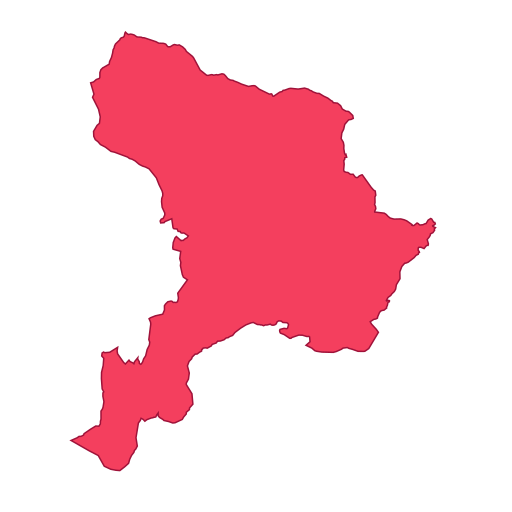 outline of Albac, Alba, Romania, rotated 272°
{"feature_id": "2599482B24206442274336", "entity_name": "Albac", "entity_type": "district", "adm_level": 2, "iso_a3": "ROU", "parent_name": "Romania", "parent_adm1": "Alba", "projection": "mercator", "projection_center": [22.961, 46.463], "detail": "fine", "context": "isolated", "style": "filled", "palette": "rose", "viewbox_px": 512, "rotation_deg": 272, "n_neighbors": 0, "source": "geoboundaries", "source_scale": "gbopen_adm2", "svg_char_len": 6090}
<svg xmlns="http://www.w3.org/2000/svg" viewBox="0 0 512 512"><g transform="rotate(272 256 256)"><path d="M396.9,348.4L399.8,347.8L403.1,344.2L403.7,343.2L403.9,340.8L405.9,337.1L409.2,335.3L411.6,332.1L411.9,327.9L413.3,327.0L414.0,325.5L416.3,322.3L418.1,318.1L420.7,313.5L420.7,311.2L422.0,307.3L423.1,305.5L423.5,303.9L424.5,302.6L425.5,298.7L424.3,292.3L424.8,284.9L424.5,283.2L422.7,278.8L422.5,277.3L421.3,276.4L420.6,274.0L416.3,268.1L416.4,267.2L418.4,266.1L418.6,265.6L418.2,263.8L422.8,253.4L425.9,249.4L426.2,248.1L426.0,246.1L425.2,242.6L427.3,235.5L428.9,231.7L430.1,228.1L430.7,227.0L431.0,224.2L432.3,221.6L435.2,219.1L436.6,217.5L436.9,215.6L435.6,211.5L435.9,210.4L435.2,207.1L435.6,206.5L435.7,205.1L434.8,201.8L434.9,200.4L439.9,193.7L451.9,186.7L453.3,185.5L458.0,179.3L460.0,178.1L462.4,175.4L464.3,171.9L463.9,170.2L464.5,167.1L464.0,165.8L462.2,163.1L462.0,161.5L462.2,160.4L464.5,158.5L464.9,157.6L465.3,156.1L465.3,151.4L466.7,148.5L469.9,137.7L470.2,136.4L470.2,134.9L470.7,133.5L470.7,130.3L470.9,129.2L472.6,126.6L473.1,124.9L473.4,123.0L472.9,120.8L473.7,119.4L475.2,117.7L474.5,117.3L471.1,116.6L470.1,115.9L469.3,113.7L468.5,112.8L467.3,112.4L463.0,108.2L460.7,107.2L459.1,107.0L457.1,106.0L453.7,105.6L449.3,104.6L445.3,102.9L442.6,102.6L438.7,96.3L436.8,94.5L433.9,93.6L429.1,93.7L428.0,93.2L426.8,90.2L424.3,87.6L423.3,84.7L412.1,88.4L408.9,87.1L397.2,93.5L389.6,95.5L383.1,94.9L381.0,92.6L374.9,89.3L369.9,89.7L366.7,91.3L364.7,94.1L362.0,96.6L359.5,101.8L355.5,107.4L354.8,111.0L350.4,124.2L349.0,126.2L348.4,128.8L346.8,131.9L343.5,136.1L341.9,139.5L341.1,142.4L339.4,146.1L330.6,153.7L323.9,156.6L317.9,159.8L315.4,160.6L313.0,160.7L310.3,159.8L307.0,159.7L301.4,160.5L295.8,163.3L293.8,163.4L290.3,161.9L289.6,160.1L288.5,159.4L287.6,159.0L285.7,159.6L286.1,163.0L287.2,163.8L290.3,170.5L281.3,172.1L280.4,173.0L280.2,176.2L277.9,177.3L277.8,179.5L276.8,179.8L276.3,181.2L276.5,182.7L276.2,183.7L273.7,187.7L271.7,186.3L270.7,184.5L269.0,182.7L269.0,180.9L268.7,180.6L272.7,175.7L271.2,174.4L266.5,172.8L261.3,172.5L259.9,172.9L258.0,180.6L250.7,179.9L247.0,181.1L243.7,180.8L234.9,183.0L232.3,184.2L229.8,188.3L216.1,179.1L211.7,179.9L210.1,179.8L207.5,179.1L206.7,177.7L206.9,176.3L206.7,174.9L207.7,173.8L208.0,172.7L207.2,169.5L204.9,167.3L203.1,166.2L198.8,166.4L194.6,164.8L192.7,157.5L190.6,152.7L189.6,151.3L186.3,152.9L184.2,153.2L168.7,151.8L166.2,152.8L163.2,152.5L158.8,150.5L152.4,149.2L149.3,147.3L146.2,146.4L144.2,145.2L143.7,144.6L144.6,143.2L146.3,143.0L149.0,141.3L150.2,141.4L146.1,138.3L144.1,137.7L144.7,137.1L146.1,133.8L147.5,132.7L143.5,129.2L145.0,127.4L153.4,121.1L156.3,120.5L159.9,120.9L154.7,113.2L154.1,108.2L154.7,107.0L153.7,105.6L150.7,105.3L148.5,107.4L141.1,107.1L134.3,105.7L128.1,105.8L117.8,106.9L114.9,108.6L113.8,107.8L110.4,107.9L105.1,109.1L99.4,108.4L97.4,107.7L95.6,106.5L87.5,106.8L85.5,106.3L82.7,106.3L80.4,104.9L80.5,101.8L77.2,96.8L72.5,90.4L71.0,89.9L69.7,87.6L69.5,85.4L68.1,83.6L65.2,77.6L55.5,96.1L51.1,105.3L40.6,111.7L37.8,118.3L37.0,123.5L36.8,127.4L40.8,132.2L44.4,135.9L48.5,136.9L52.4,138.6L55.5,140.8L57.5,141.3L58.7,142.5L61.9,144.0L70.2,142.4L85.0,144.3L87.6,146.1L89.8,146.8L88.8,148.9L87.0,150.7L88.6,152.6L90.4,156.8L90.8,158.8L91.2,159.2L91.3,160.4L91.7,161.5L93.9,162.4L95.7,163.7L92.9,163.8L91.3,165.2L89.3,168.8L88.4,169.7L87.5,174.5L86.2,178.6L86.5,180.9L90.1,188.0L92.7,189.4L95.7,191.8L97.4,191.8L100.1,194.8L101.9,194.9L105.7,198.1L116.1,196.8L125.1,190.8L126.6,190.8L130.6,192.8L136.7,193.4L143.8,191.3L148.3,192.8L151.1,195.3L152.7,195.7L155.8,198.6L156.0,200.6L158.1,203.2L158.6,204.3L159.2,205.0L160.7,204.9L161.0,205.7L162.1,206.4L162.5,208.8L162.2,210.5L164.6,214.5L166.1,215.2L167.7,219.3L169.5,220.5L169.8,223.4L171.2,227.0L173.1,229.1L173.4,231.0L174.5,232.4L175.8,235.4L178.8,237.6L183.3,243.1L186.8,248.3L189.0,253.4L189.5,255.6L187.6,259.7L187.5,262.6L187.2,263.3L187.4,263.9L186.6,266.0L187.5,268.0L187.4,269.3L188.4,272.7L187.6,273.8L187.4,275.4L187.8,277.1L188.9,278.6L190.8,279.3L192.0,280.9L191.8,283.5L190.5,285.2L190.4,289.1L189.8,290.2L188.5,290.9L185.1,290.1L184.4,289.3L184.7,286.6L183.5,282.6L182.6,282.2L181.1,282.4L179.8,283.1L178.4,287.0L174.9,292.6L175.0,293.9L175.8,294.7L178.4,301.4L178.5,305.0L177.3,309.7L177.5,311.7L177.0,312.4L172.2,313.0L168.5,309.1L165.9,315.0L163.4,318.1L162.9,320.0L162.3,325.2L162.4,336.6L163.3,339.5L165.8,344.7L167.0,346.2L167.7,350.4L166.9,352.2L166.1,355.6L164.3,361.3L164.4,366.9L164.6,368.1L167.4,371.9L184.0,381.0L187.0,378.7L192.0,373.8L194.3,372.4L196.8,376.0L197.2,377.9L198.1,379.5L199.5,379.7L203.6,381.3L205.1,382.3L205.9,383.7L206.4,385.9L208.6,388.4L209.4,388.2L211.2,389.0L213.7,389.4L214.5,389.7L214.8,390.7L215.8,391.0L216.1,390.8L216.3,389.6L215.7,388.0L216.1,387.8L219.2,389.4L221.3,392.1L222.7,392.9L225.4,395.5L227.7,396.7L232.2,397.3L238.3,400.7L245.2,400.3L250.6,402.1L254.0,404.9L254.1,406.0L255.1,408.3L259.9,414.1L262.3,416.0L263.4,418.1L264.7,418.3L265.3,419.2L266.4,418.8L267.1,418.0L268.1,417.8L269.8,417.9L270.3,418.3L270.5,420.5L269.3,423.7L272.0,425.7L272.6,426.7L272.6,427.6L274.1,427.9L278.4,426.5L281.2,428.6L282.8,429.4L284.2,429.6L285.5,432.0L288.0,433.6L289.2,433.2L290.6,434.4L291.7,431.8L292.3,431.5L292.7,431.9L293.0,432.8L294.3,434.1L295.8,433.5L295.9,432.4L299.1,430.3L299.6,429.3L297.9,426.8L294.3,424.8L294.2,423.9L293.1,421.7L292.7,418.9L293.0,418.1L294.0,417.1L294.6,415.8L292.0,412.8L291.9,411.7L292.1,410.8L292.8,410.9L296.4,405.4L297.4,402.7L298.1,399.4L297.7,392.7L298.6,388.8L300.1,386.7L302.1,384.7L303.3,382.7L304.1,373.1L305.0,373.1L307.4,374.1L309.7,373.7L311.6,372.7L313.4,373.1L319.2,372.8L320.9,373.6L325.1,372.9L326.0,371.2L328.8,368.6L340.8,359.4L340.7,358.6L339.6,356.4L338.0,354.8L337.9,353.6L338.3,352.5L341.1,350.2L340.9,347.6L342.7,344.9L342.8,343.1L343.5,341.2L345.0,340.6L350.8,340.9L354.5,340.4L355.5,341.2L357.4,341.3L357.9,343.2L360.8,342.3L360.3,341.7L361.8,340.9L366.4,340.0L369.7,340.0L372.7,339.3L376.3,337.0L382.0,337.5L385.8,339.2L390.6,340.1L395.3,343.8L395.8,346.3L396.9,348.4Z" fill="#f43f5e" stroke="#9f1239" stroke-width="1.5"/></g></svg>